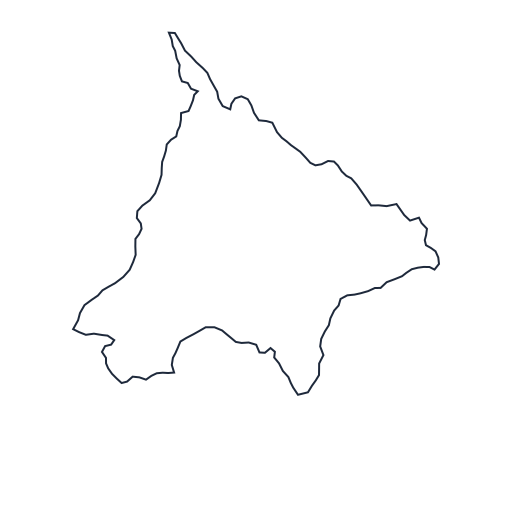 Central de Minas, Minas Gerais, Brazil, rotated 294°
{"feature_id": "56859067B63784148066349", "entity_name": "Central de Minas", "entity_type": "district", "adm_level": 2, "iso_a3": "BRA", "parent_name": "Brazil", "parent_adm1": "Minas Gerais", "projection": "mercator", "projection_center": [-41.293, -18.775], "detail": "fine", "context": "isolated", "style": "outline", "palette": "slate", "viewbox_px": 512, "rotation_deg": 294, "n_neighbors": 0, "source": "geoboundaries", "source_scale": "gbopen_adm2", "svg_char_len": 2443}
<svg xmlns="http://www.w3.org/2000/svg" viewBox="0 0 512 512"><g transform="rotate(294 256 256)"><path d="M372.0,294.0L374.0,288.8L372.1,283.2L366.5,278.6L363.0,273.4L363.2,267.7L366.0,261.6L369.2,254.0L371.5,242.8L373.2,237.2L374.5,231.5L377.7,224.8L384.4,216.7L383.5,210.6L381.1,203.4L386.0,195.9L391.7,190.5L395.9,184.7L395.9,177.7L391.5,172.8L385.1,171.6L379.5,172.8L379.4,164.6L384.4,157.7L390.3,153.7L394.2,148.4L398.9,142.1L403.5,137.1L406.0,131.1L408.7,122.7L411.8,115.8L414.7,107.6L419.9,101.1L423.5,95.8L426.7,91.2L424.6,85.6L419.5,90.9L413.9,94.6L410.6,98.7L404.3,103.1L399.4,108.6L393.9,110.3L389.6,113.1L385.4,117.3L386.3,123.3L382.4,128.6L382.8,135.8L378.1,134.0L372.6,135.1L366.2,135.4L361.0,135.4L356.1,129.4L349.9,132.0L343.6,133.6L338.3,133.4L332.8,134.5L327.7,131.1L321.6,129.1L315.6,130.8L309.5,131.6L303.8,132.0L298.3,134.0L291.7,136.7L283.3,137.8L272.3,138.4L263.7,136.3L255.8,131.7L248.7,129.4L242.2,131.7L238.9,137.5L234.3,140.4L228.4,140.3L222.6,138.9L215.6,141.9L208.1,145.6L200.5,146.2L192.0,146.2L182.9,143.3L174.0,138.4L167.9,133.8L162.2,129.7L155.6,127.7L149.3,123.8L141.4,119.3L132.3,118.4L124.9,119.6L114.8,118.7L114.5,125.3L114.8,132.6L119.1,139.5L121.3,147.8L122.9,152.8L121.5,160.7L116.1,159.7L112.3,154.8L105.7,154.3L101.9,160.4L96.9,162.7L93.2,166.7L89.8,172.4L87.4,178.6L85.3,184.9L88.8,189.3L95.6,192.4L97.7,198.8L98.3,205.8L104.0,209.2L108.5,213.0L111.4,218.2L113.4,223.4L116.2,228.6L122.2,223.4L129.2,221.5L134.3,221.9L139.9,221.9L147.1,221.7L152.8,225.7L159.1,230.7L164.6,234.8L170.4,239.0L174.0,247.0L174.2,255.3L172.6,260.8L171.0,266.6L169.3,272.5L170.7,278.2L174.0,284.5L175.0,292.3L169.3,298.4L171.2,303.5L177.8,306.7L176.2,312.2L170.7,313.9L167.3,320.7L161.9,327.3L158.6,334.8L154.2,339.4L150.9,343.5L146.3,350.8L152.6,358.9L160.3,359.9L166.6,361.2L172.8,362.0L177.5,360.0L183.5,357.4L192.9,357.9L199.5,351.4L206.8,349.3L215.1,349.6L222.4,350.7L229.3,349.3L238.0,349.6L244.4,351.6L251.2,350.7L257.2,355.4L260.8,361.7L264.4,366.6L269.5,372.7L275.1,377.6L277.5,382.8L285.2,386.0L291.2,392.1L296.9,397.6L301.8,400.2L307.3,403.7L311.2,408.7L314.2,413.6L316.5,419.0L316.2,424.6L323.2,426.4L328.8,423.1L333.3,418.1L334.5,412.4L335.0,406.9L339.2,403.7L344.3,402.9L350.4,401.1L353.4,393.9L357.3,389.3L351.0,382.3L353.7,374.7L360.6,363.2L354.7,355.1L352.2,347.5L349.0,340.6L356.1,329.0L362.2,318.9L365.7,311.4L366.0,305.9L368.1,300.0L372.0,294.0Z" fill="none" stroke="#1e293b" stroke-width="2"/></g></svg>